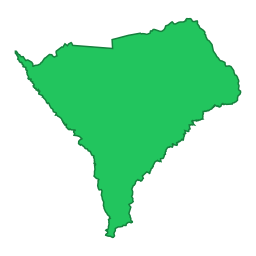 Angonia, Tete, Mozambique
{"feature_id": "85939544B12573256040215", "entity_name": "Angonia", "entity_type": "district", "adm_level": 2, "iso_a3": "MOZ", "parent_name": "Mozambique", "parent_adm1": "Tete", "projection": "mercator", "projection_center": [34.103, -14.769], "detail": "fine", "context": "isolated", "style": "filled", "palette": "green", "viewbox_px": 256, "rotation_deg": 0, "n_neighbors": 0, "source": "geoboundaries", "source_scale": "gbopen_adm2", "svg_char_len": 5752}
<svg xmlns="http://www.w3.org/2000/svg" viewBox="0 0 256 256"><path d="M232.3,104.0L232.4,103.4L232.8,103.0L234.5,102.6L234.8,102.2L235.9,101.8L237.5,100.2L237.5,97.9L238.0,95.9L239.9,94.3L240.6,92.5L240.5,91.1L238.8,89.9L238.5,88.9L239.0,85.9L238.8,85.0L238.3,84.3L238.1,82.8L238.7,81.7L238.7,80.8L238.3,79.5L237.7,78.6L237.5,77.4L236.3,75.4L235.0,75.0L234.1,72.7L233.7,70.5L231.0,66.6L229.2,65.9L226.0,66.3L225.0,64.4L225.1,63.0L224.8,62.4L222.0,61.0L220.4,60.7L219.4,59.8L218.5,58.2L216.7,56.5L215.8,54.6L213.3,51.0L212.0,44.6L209.2,40.9L207.4,39.8L205.8,36.5L205.7,35.0L204.6,34.1L204.9,32.4L204.6,31.7L203.1,30.1L199.7,27.8L199.0,25.9L197.4,23.8L197.5,22.0L197.3,21.0L196.0,21.0L195.2,21.5L192.9,21.5L192.4,21.2L191.2,19.1L190.2,18.6L188.4,18.8L186.9,18.6L185.9,19.5L185.9,20.7L184.9,21.0L184.2,21.7L183.0,22.0L180.2,22.0L178.7,22.3L175.4,24.0L174.0,23.9L172.3,21.9L171.6,22.1L168.2,25.0L165.7,25.9L164.9,28.4L163.9,29.8L162.3,31.0L161.2,31.4L159.9,31.3L154.6,29.5L153.2,29.5L151.9,31.1L151.0,30.8L150.4,31.2L150.1,33.1L147.4,34.2L146.1,34.3L145.1,33.9L142.7,33.6L141.3,33.9L140.3,33.2L128.6,35.3L112.1,39.6L112.6,48.5L72.7,45.4L71.7,43.2L71.1,42.6L68.6,44.0L67.4,45.7L65.0,43.8L62.9,47.2L61.7,47.0L56.2,51.2L56.1,52.4L56.9,55.9L55.8,56.2L54.3,57.1L52.6,56.0L51.8,54.7L49.4,54.5L45.7,57.7L44.5,58.3L42.1,62.0L41.1,62.6L40.3,63.9L37.6,65.2L35.0,65.4L33.2,66.3L32.9,66.2L32.8,63.9L31.7,62.2L27.9,60.0L27.1,60.0L26.2,60.5L25.6,60.5L23.2,56.7L21.1,56.7L20.2,55.8L19.7,54.8L18.4,54.3L16.4,51.3L15.4,51.2L15.4,53.2L16.5,54.4L17.2,55.8L17.9,56.4L18.1,58.2L17.7,59.1L18.9,60.1L19.5,61.7L20.6,62.5L21.4,62.3L22.1,63.1L22.0,63.7L22.4,64.0L22.4,64.6L23.4,65.1L23.5,66.0L23.0,66.4L23.1,66.7L25.8,67.4L25.9,69.5L26.4,70.4L27.1,70.4L27.3,70.7L26.8,72.6L27.2,73.5L27.2,74.4L28.5,76.6L28.7,78.2L28.5,78.4L28.1,78.2L28.0,78.5L28.8,79.3L31.0,79.0L31.1,79.5L30.4,80.2L30.5,80.7L31.8,81.6L32.5,81.7L32.3,82.7L33.4,83.6L34.1,84.7L34.0,85.4L33.2,85.8L33.5,87.0L34.4,87.4L34.7,88.2L36.0,88.5L35.9,89.3L36.3,90.1L37.2,89.9L38.1,91.1L38.6,90.0L38.9,90.8L39.7,91.2L39.4,92.5L38.8,93.1L38.8,94.0L42.4,95.5L42.8,96.3L42.4,97.0L43.4,97.3L43.6,98.0L45.1,99.4L46.1,100.9L46.6,102.6L47.6,103.4L47.9,102.9L48.3,102.9L49.3,104.1L49.4,104.9L51.0,108.0L52.4,108.9L53.1,109.8L53.0,110.5L53.4,111.7L56.3,112.9L56.4,113.3L55.6,115.1L56.7,114.9L57.9,116.2L59.4,116.9L61.4,118.6L62.2,120.5L62.7,120.9L62.7,121.9L63.9,122.6L63.7,123.5L64.2,123.8L64.8,125.0L65.4,125.2L65.8,124.3L66.5,124.4L66.2,126.0L66.4,127.5L67.6,128.1L67.8,128.8L69.1,129.7L70.0,129.0L71.1,129.8L75.0,130.0L75.1,130.5L73.9,131.0L73.7,131.4L73.7,132.2L74.7,133.5L74.0,135.3L76.7,135.6L79.5,136.5L81.9,138.7L81.7,139.2L81.0,139.1L80.3,139.6L78.7,141.3L78.8,142.2L78.5,143.1L78.9,144.0L80.4,145.1L80.8,144.5L81.3,144.6L84.4,147.1L84.9,148.1L86.0,148.8L87.3,148.9L88.3,150.8L90.4,151.5L90.6,152.7L91.3,153.4L91.4,154.3L92.2,155.4L93.7,155.8L93.9,156.6L93.6,157.3L94.4,159.2L94.3,161.0L94.7,161.9L94.0,163.3L94.4,163.9L95.4,163.7L95.6,164.6L95.4,165.2L94.6,165.4L95.0,169.4L94.5,171.3L94.5,174.5L94.0,176.1L96.4,178.4L98.0,178.9L98.8,179.6L98.0,180.9L98.2,182.0L97.7,185.7L98.4,188.5L99.2,189.9L101.3,189.6L102.0,191.0L101.3,195.1L102.0,196.6L102.4,199.3L103.7,202.0L103.4,205.6L104.0,207.2L104.1,208.4L105.6,211.8L106.9,213.3L107.5,214.7L109.6,216.5L109.8,217.2L109.5,217.8L110.2,218.4L108.5,219.5L109.0,221.4L108.8,222.2L109.1,223.9L108.4,226.7L108.5,227.9L107.6,229.8L106.5,229.6L105.8,230.3L107.6,231.7L107.7,233.1L105.9,234.4L105.7,235.2L108.1,236.1L110.3,236.2L112.4,237.4L113.3,237.3L114.5,235.9L113.9,233.6L114.5,231.9L115.3,230.8L115.3,228.5L118.5,226.8L119.8,226.9L122.5,226.4L123.1,225.3L125.9,225.5L126.1,225.3L126.3,224.0L127.7,222.7L129.3,222.2L131.1,222.8L132.3,222.2L132.3,221.4L131.4,221.1L130.8,220.2L130.8,218.2L130.1,217.0L130.2,216.1L128.9,213.4L130.8,207.1L129.8,206.0L128.9,204.4L131.6,203.0L133.2,201.6L132.6,200.0L132.9,198.7L131.6,196.3L132.5,194.8L132.7,191.7L131.8,189.1L133.3,185.6L134.2,185.2L135.3,183.6L135.6,181.8L136.2,181.0L137.9,179.6L138.5,180.3L139.8,180.3L140.8,181.1L141.9,180.5L142.7,178.9L143.3,178.4L142.4,176.0L146.8,171.9L149.3,173.0L149.4,173.4L149.8,173.2L150.0,172.3L149.9,171.5L150.6,170.8L151.2,168.7L152.1,168.1L152.4,167.8L152.4,167.1L153.2,166.6L153.0,165.8L155.0,161.9L157.4,160.4L158.1,161.2L159.0,161.0L159.5,161.5L160.3,161.3L161.0,161.5L160.6,159.9L160.6,158.7L163.0,158.4L163.5,157.9L164.4,155.5L164.3,154.7L165.4,154.2L165.2,152.7L165.6,151.4L166.1,151.1L165.9,150.1L167.7,147.4L169.2,147.3L169.4,146.7L169.8,146.6L172.4,147.1L172.9,145.6L172.3,144.2L172.6,143.8L173.2,143.9L174.3,144.8L176.9,145.3L177.3,144.6L176.6,142.8L176.7,142.6L177.9,142.7L178.5,141.5L179.0,141.3L179.5,141.7L181.1,140.4L181.9,139.3L182.5,139.4L183.0,140.2L183.3,140.0L183.7,137.3L184.4,135.7L183.6,134.2L184.1,134.0L184.7,134.2L185.7,133.2L185.0,132.5L185.3,131.2L185.0,130.6L188.1,131.5L188.7,131.4L188.9,129.4L190.1,128.9L189.5,127.1L189.3,124.9L190.3,125.1L191.3,124.4L192.1,125.0L193.5,124.6L194.2,124.8L193.2,123.6L193.2,122.8L192.8,122.7L191.9,121.5L192.2,120.6L192.6,120.5L193.4,121.0L193.9,120.6L195.3,120.6L195.9,120.2L196.3,120.9L196.9,120.3L197.2,120.7L197.9,120.7L198.4,120.5L198.4,120.0L199.9,120.1L200.6,119.5L203.0,119.0L202.4,118.3L202.7,117.9L202.9,116.2L202.7,115.3L203.4,113.7L203.0,113.0L203.2,111.5L204.1,111.6L204.9,111.0L205.9,111.4L206.4,110.9L207.1,111.0L208.0,110.3L208.7,110.7L209.8,109.7L211.7,108.9L212.3,108.2L212.4,107.5L213.3,107.4L213.5,106.7L214.3,106.5L214.1,105.6L214.7,105.4L214.9,105.0L216.2,106.0L217.0,106.2L217.6,106.0L218.0,106.4L218.5,106.2L218.8,106.8L219.6,107.0L220.9,106.2L221.5,104.5L222.0,104.4L222.2,103.9L222.7,104.1L223.0,103.6L223.9,104.6L225.1,104.0L226.5,104.4L232.3,104.0Z" fill="#22c55e" stroke="#15803d" stroke-width="1.5"/></svg>